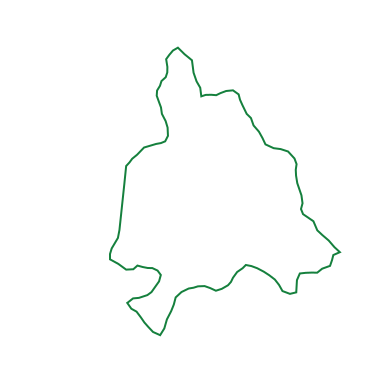 Taiúva, São Paulo, Brazil, rotated 154°
{"feature_id": "56859067B50501087510424", "entity_name": "Taiúva", "entity_type": "district", "adm_level": 2, "iso_a3": "BRA", "parent_name": "Brazil", "parent_adm1": "São Paulo", "projection": "equal_earth", "projection_center": [-48.427, -21.141], "detail": "fine", "context": "isolated", "style": "outline", "palette": "green", "viewbox_px": 384, "rotation_deg": 154, "n_neighbors": 0, "source": "geoboundaries", "source_scale": "gbopen_adm2", "svg_char_len": 1670}
<svg xmlns="http://www.w3.org/2000/svg" viewBox="0 0 384 384"><g transform="rotate(154 192 192)"><path d="M85.5,73.1L88.2,80.1L90.4,88.5L93.7,96.1L96.2,102.6L95.7,112.5L101.9,123.4L101.5,128.9L97.6,133.4L95.1,141.0L93.5,153.8L91.3,161.1L89.0,166.5L85.8,171.2L85.2,177.2L87.9,186.3L93.5,191.7L99.4,195.6L105.1,202.6L105.0,209.6L105.4,216.9L107.5,224.8L106.6,232.6L108.6,238.2L108.6,248.1L108.4,253.9L107.3,259.3L110.6,265.4L117.0,267.8L123.1,268.4L127.8,268.4L132.0,270.9L137.2,273.3L141.7,273.9L138.9,282.1L139.4,289.4L138.3,298.5L134.3,310.4L138.3,319.1L141.4,327.9L147.1,327.5L152.3,325.2L157.0,322.7L159.3,315.2L161.8,310.3L165.3,306.7L170.8,305.1L174.2,301.5L178.9,298.5L181.5,294.0L182.2,287.6L182.8,281.6L184.8,275.4L184.6,267.3L185.7,260.6L189.0,253.0L193.9,249.3L198.5,249.6L203.1,250.9L215.6,253.0L224.9,249.6L231.2,248.1L235.2,246.0L239.8,244.2L249.6,228.4L273.9,189.6L278.7,183.2L288.9,176.5L292.9,172.2L295.2,167.4L289.7,159.6L285.2,151.1L278.6,148.3L273.3,149.8L269.2,146.2L265.1,143.1L261.0,141.0L257.4,136.5L256.4,131.1L260.8,126.1L272.3,119.8L277.3,118.9L286.1,120.1L291.6,122.2L298.8,120.7L297.7,113.7L294.3,108.8L292.9,101.6L292.0,95.6L290.5,90.1L288.4,83.3L283.4,77.3L276.7,81.5L270.4,88.5L262.9,94.1L257.7,98.8L252.9,104.4L245.3,106.7L237.3,106.7L232.6,105.3L228.0,104.6L221.9,101.9L217.7,97.6L213.8,92.8L207.7,91.9L200.5,92.4L196.4,94.1L192.7,97.0L186.5,100.3L179.9,101.3L175.6,102.8L171.1,99.4L166.8,94.9L162.4,88.9L159.1,83.4L155.9,77.0L154.5,70.3L154.1,63.3L148.6,57.5L142.3,56.1L136.3,66.8L130.8,71.5L125.2,69.5L120.0,67.2L114.8,64.6L108.6,66.0L100.3,65.1L96.0,69.4L92.6,73.4L85.5,73.1Z" fill="none" stroke="#15803d" stroke-width="2"/></g></svg>